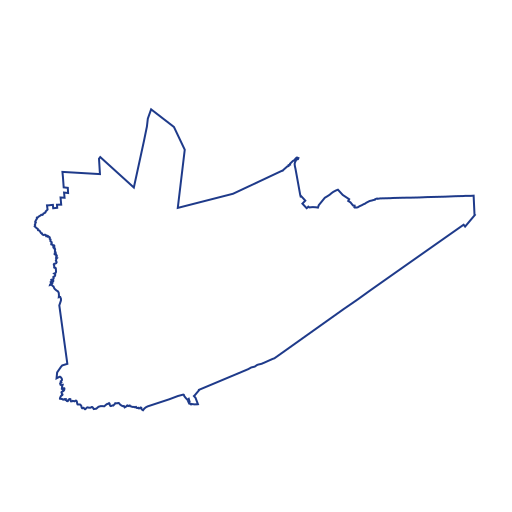 outline of Juan Aldama, Zacatecas, Mexico, rotated 268°
{"feature_id": "50627088B44222614313729", "entity_name": "Juan Aldama", "entity_type": "district", "adm_level": 2, "iso_a3": "MEX", "parent_name": "Mexico", "parent_adm1": "Zacatecas", "projection": "mercator", "projection_center": [-103.312, 24.255], "detail": "fine", "context": "isolated", "style": "outline", "palette": "blue", "viewbox_px": 512, "rotation_deg": 268, "n_neighbors": 0, "source": "geoboundaries", "source_scale": "gbopen_adm2", "svg_char_len": 5814}
<svg xmlns="http://www.w3.org/2000/svg" viewBox="0 0 512 512"><g transform="rotate(268 256 256)"><path d="M105.8,137.7L106.9,138.6L107.7,139.4L108.6,140.6L109.5,142.5L115.8,164.2L118.8,173.1L120.0,178.3L119.9,178.4L119.9,178.8L119.5,179.2L118.5,179.4L116.6,180.8L114.6,182.5L115.6,183.8L112.9,184.5L112.8,184.0L112.1,184.0L112.2,183.5L110.8,184.1L110.6,185.4L110.3,185.4L109.9,185.9L110.3,186.5L109.8,189.8L109.9,190.7L109.8,191.9L109.9,192.8L116.4,190.6L118.2,189.1L119.0,190.0L124.1,194.6L124.3,194.5L143.2,244.3L144.8,247.4L145.5,250.9L147.0,253.2L147.4,254.4L148.0,257.5L148.3,258.5L148.5,258.8L148.9,260.0L152.5,268.8L153.1,270.8L199.8,341.6L209.1,356.2L217.6,368.9L239.1,401.8L279.7,464.1L280.0,464.6L278.1,466.0L289.4,476.2L289.8,475.8L308.7,475.6L308.6,472.8L308.8,467.7L308.7,465.0L308.8,457.3L308.7,447.0L308.9,428.9L308.8,421.0L308.9,413.2L309.1,405.4L309.2,394.9L309.1,392.3L309.2,384.4L309.2,382.0L308.9,379.5L309.2,379.1L309.1,378.5L308.5,376.9L308.1,376.8L307.7,374.7L307.5,374.1L307.0,371.5L305.4,368.1L304.3,366.4L304.1,365.5L303.1,363.6L302.1,361.1L301.2,359.6L300.9,358.4L301.0,356.3L301.3,356.0L302.1,356.3L302.8,356.3L302.8,355.9L303.0,355.7L303.1,354.7L306.3,352.3L307.8,350.1L309.5,351.1L314.0,344.8L319.4,340.2L318.7,338.2L317.4,335.5L316.2,333.7L314.6,331.7L313.0,329.0L311.8,326.8L304.6,320.5L302.2,319.6L302.6,317.6L302.9,314.3L302.7,311.0L303.5,310.0L302.7,309.2L302.0,308.3L306.7,304.2L309.6,307.2L311.4,305.7L314.6,302.9L314.3,302.6L315.6,302.3L334.3,299.6L341.7,298.5L344.4,298.0L346.7,297.8L348.4,298.3L351.7,300.1L351.7,301.0L351.2,300.9L351.3,301.3L352.4,301.8L353.0,300.4L352.8,299.9L352.0,299.0L351.1,298.2L350.4,298.4L350.4,297.6L349.7,296.2L347.0,293.2L346.1,293.3L345.7,291.7L344.7,291.6L344.5,290.5L341.3,286.6L340.5,285.8L340.6,285.7L319.0,235.2L306.8,179.5L364.7,188.5L387.8,178.5L406.2,156.3L397.1,152.7L389.2,151.5L374.7,148.0L328.7,136.3L360.3,103.8L358.7,102.5L343.3,102.9L346.8,65.5L341.7,65.8L331.3,66.2L330.7,70.3L325.5,70.4L326.1,66.4L320.9,66.7L321.3,62.7L314.1,63.1L314.2,58.9L311.1,59.0L310.8,55.0L314.2,54.8L313.9,50.7L313.9,48.9L309.7,49.3L309.2,48.8L307.8,47.3L307.1,47.2L306.8,47.0L306.4,46.4L305.9,45.1L304.6,44.2L304.5,43.8L304.7,43.2L304.7,42.8L304.1,42.2L303.0,40.2L302.1,39.2L302.1,38.4L301.7,38.2L301.0,38.4L299.9,37.7L299.5,37.3L297.8,36.5L297.3,37.1L295.1,36.1L294.6,36.4L293.4,35.8L291.4,37.8L290.8,38.8L289.4,39.1L289.1,40.2L288.2,41.0L286.6,41.8L286.1,42.8L285.8,42.7L284.8,43.5L284.3,44.7L284.5,45.1L284.7,45.8L284.0,47.0L283.7,47.1L283.3,46.9L283.1,47.0L283.2,47.8L283.5,48.4L283.4,48.6L283.2,48.6L282.9,48.4L282.7,48.3L282.6,48.5L282.4,48.8L282.6,49.4L282.5,49.7L282.0,50.4L281.5,50.6L280.4,50.4L279.8,50.9L279.7,51.2L279.4,51.3L278.3,51.0L277.9,51.1L276.9,52.3L276.4,52.3L275.0,51.7L274.7,51.8L274.6,52.1L274.6,52.8L274.3,53.1L274.0,53.2L273.8,53.5L273.8,54.4L273.3,54.8L272.8,54.8L272.6,54.5L272.4,53.8L272.2,53.7L271.4,53.9L271.1,54.2L271.3,54.6L271.2,54.9L269.7,55.5L269.5,55.4L269.5,55.1L267.9,55.4L267.1,55.1L266.9,55.3L266.6,55.9L266.2,55.9L265.8,55.8L265.5,55.9L265.3,55.6L265.2,54.8L265.0,54.7L264.7,54.9L264.5,55.3L264.8,56.2L264.1,56.5L263.5,56.4L263.3,56.9L263.0,57.0L262.4,56.4L261.7,56.6L261.5,56.3L261.3,56.2L260.9,57.0L260.4,56.4L260.2,56.2L259.1,56.2L258.3,55.8L257.0,56.5L256.6,56.5L255.8,56.0L255.4,55.1L255.3,54.1L254.9,53.7L254.3,53.6L253.3,54.0L251.5,53.9L251.2,54.4L251.3,54.7L251.2,55.1L251.0,55.3L250.7,55.5L247.3,55.6L246.6,55.4L246.0,55.0L245.5,53.7L244.8,54.5L244.3,54.7L243.7,54.6L243.2,54.4L242.7,54.0L242.5,53.6L242.5,53.3L242.3,52.8L241.8,52.7L240.8,53.0L240.3,52.8L239.6,52.1L239.5,50.8L239.3,50.5L239.0,50.6L238.7,51.1L238.7,52.1L238.5,52.5L238.2,52.6L237.9,52.5L237.3,51.6L237.1,50.9L237.2,50.1L237.1,49.9L236.8,50.0L236.5,50.4L236.4,51.6L236.2,51.7L235.7,51.3L235.0,49.6L234.5,49.2L234.2,49.1L234.5,50.2L234.0,51.1L233.2,51.7L232.6,52.6L231.1,53.1L230.4,53.5L229.8,54.0L228.5,55.4L227.6,56.8L226.9,57.2L225.9,57.6L223.4,57.7L221.9,57.5L222.2,58.1L221.9,58.9L219.9,59.6L218.3,59.5L213.5,57.7L154.8,63.7L153.4,58.5L152.0,57.2L146.6,53.2L140.7,52.4L142.1,55.3L142.2,55.9L141.3,57.0L139.9,57.7L138.9,57.8L138.2,57.3L137.6,56.5L136.3,57.1L135.6,55.8L134.2,56.1L133.7,56.9L133.9,58.2L132.5,57.7L130.0,57.3L129.2,58.2L129.5,58.9L130.5,59.0L130.6,59.4L130.5,59.8L130.2,59.9L129.0,59.7L128.4,59.4L127.9,58.9L127.5,58.3L127.1,57.3L126.9,57.0L126.6,56.8L125.6,57.1L124.7,57.2L124.5,57.4L124.5,57.7L124.2,57.8L123.7,57.5L123.1,56.4L122.6,56.0L120.7,55.1L120.2,55.1L119.7,57.6L119.2,58.1L119.2,58.6L119.3,58.7L119.2,58.9L119.3,59.0L119.3,59.5L119.7,59.9L119.6,60.8L118.9,60.5L118.6,60.8L118.3,61.7L117.7,61.9L117.5,62.3L117.5,62.8L118.1,63.3L118.3,63.3L119.0,63.8L119.3,64.1L119.6,64.9L119.4,65.5L117.9,65.7L117.2,66.0L117.2,67.0L117.6,67.6L117.4,68.6L117.1,69.7L117.6,70.4L117.8,71.0L117.5,71.5L116.7,71.9L114.6,72.2L113.9,72.5L113.8,73.0L113.8,74.4L113.6,75.2L112.6,76.0L111.9,76.3L111.3,76.3L110.2,76.7L109.9,77.0L109.9,77.3L110.3,78.4L110.1,78.6L109.0,79.5L108.8,79.8L108.9,80.1L110.3,81.6L110.6,82.2L110.6,82.5L110.2,83.7L110.2,85.5L110.8,86.5L110.7,87.2L109.8,87.9L108.7,88.5L109.0,91.1L110.8,93.3L111.4,95.6L111.3,97.5L111.1,99.1L112.8,101.2L113.2,102.1L113.4,102.2L113.5,103.2L114.1,104.0L113.6,104.5L112.8,104.5L111.4,105.1L111.1,105.5L111.2,106.2L111.7,107.3L111.5,108.1L113.2,109.9L113.8,110.2L113.6,112.1L113.8,112.6L113.9,113.7L112.4,114.9L111.2,116.4L110.6,117.6L110.7,118.7L109.3,119.4L110.1,121.0L110.9,121.6L111.1,122.0L111.2,122.3L111.1,122.5L110.5,122.9L110.5,123.2L111.0,124.6L110.2,125.1L110.0,126.1L109.7,126.6L109.5,127.3L109.4,129.0L109.1,129.4L109.0,129.9L109.4,130.8L109.2,131.0L108.6,131.2L108.3,131.6L108.2,132.1L108.4,133.2L107.8,133.6L107.8,134.1L108.2,134.9L108.6,135.3L108.5,135.8L108.3,136.1L107.3,136.1L106.5,136.7L105.8,137.7Z" fill="none" stroke="#1e3a8a" stroke-width="2"/></g></svg>